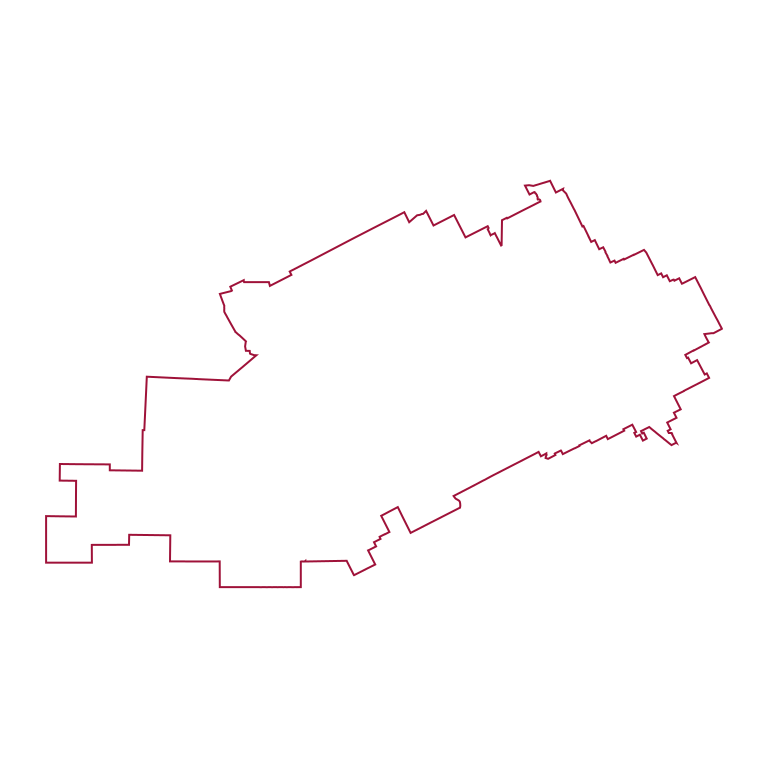 York, Western Australia, Australia
{"feature_id": "25037944B97234562917936", "entity_name": "York", "entity_type": "district", "adm_level": 2, "iso_a3": "AUS", "parent_name": "Australia", "parent_adm1": "Western Australia", "projection": "mercator", "projection_center": [116.796, -31.917], "detail": "fine", "context": "isolated", "style": "outline", "palette": "rose", "viewbox_px": 768, "rotation_deg": 0, "n_neighbors": 0, "source": "geoboundaries", "source_scale": "gbopen_adm2", "svg_char_len": 5645}
<svg xmlns="http://www.w3.org/2000/svg" viewBox="0 0 768 768"><path d="M46.1,562.7L91.9,562.7L91.8,544.9L129.0,544.8L129.2,534.8L170.3,535.3L170.0,561.4L213.5,561.5L219.7,561.4L219.7,561.8L219.8,587.1L257.5,587.1L258.5,587.1L259.0,587.1L259.9,587.2L261.7,587.2L262.2,587.1L262.6,587.1L264.8,587.1L266.1,587.2L266.6,587.2L267.0,587.2L269.3,587.1L270.1,587.1L271.8,587.2L272.8,587.2L273.4,587.1L275.5,587.1L275.9,587.1L276.8,587.1L277.0,587.2L277.5,587.2L278.1,587.2L278.7,587.1L279.6,587.1L280.4,587.1L281.9,587.1L282.6,587.1L283.0,587.2L283.8,587.2L284.3,587.1L285.0,587.1L285.8,587.1L286.1,587.2L286.7,587.2L287.0,587.2L287.3,587.2L288.4,587.1L289.3,587.1L290.4,587.1L292.0,587.2L293.9,587.2L294.7,587.1L295.2,587.1L295.7,587.1L296.4,587.2L296.8,587.1L297.0,587.1L297.3,587.1L297.9,587.2L298.1,587.1L298.4,587.1L300.8,587.1L300.8,578.3L300.8,561.6L301.3,561.5L301.5,561.5L301.7,561.4L302.3,561.4L302.7,561.5L303.2,561.5L303.8,561.5L304.1,561.4L305.2,561.2L305.3,561.1L305.3,561.5L346.7,560.8L346.8,561.1L353.9,575.1L354.0,575.2L367.4,568.4L375.2,564.5L368.1,550.4L368.8,550.1L376.1,546.4L374.0,542.2L380.5,538.9L379.9,537.6L379.6,536.8L384.8,534.2L384.9,534.3L389.4,532.0L381.2,515.8L384.7,514.0L389.0,511.7L397.8,507.1L402.5,516.7L410.6,532.9L430.5,522.7L456.6,509.4L459.5,507.9L460.0,507.7L460.3,505.9L460.2,503.8L459.9,502.0L459.3,500.9L459.2,500.8L458.9,500.6L457.7,499.8L456.2,499.0L455.5,498.5L454.7,497.5L453.8,496.3L453.6,496.0L474.8,485.0L483.1,480.6L484.6,479.9L489.7,477.1L493.5,475.1L509.5,466.9L535.4,453.6L538.6,451.9L540.9,456.3L544.6,454.4L546.3,453.4L546.3,453.6L546.6,454.9L545.8,456.7L545.6,458.0L548.1,458.8L549.1,458.3L555.4,455.0L554.8,453.8L554.7,453.6L554.9,453.4L555.2,453.3L555.6,453.1L556.4,452.7L557.5,452.2L558.3,451.8L560.3,450.8L560.7,450.6L560.8,450.5L561.0,450.5L562.8,454.1L574.5,448.3L574.8,448.3L578.8,446.3L579.5,446.0L579.6,445.9L579.6,445.7L579.4,445.3L589.4,440.4L589.5,440.9L591.8,443.2L595.7,441.2L595.9,441.2L606.2,435.8L607.8,439.1L610.8,437.6L624.2,430.7L623.4,429.2L632.3,424.7L636.1,432.0L634.3,432.9L636.2,436.6L639.9,434.7L642.9,440.6L646.7,438.6L643.8,432.7L642.2,433.5L641.1,431.3L641.0,431.1L643.5,429.9L645.2,429.0L648.1,427.6L649.2,427.0L650.2,427.8L651.2,428.7L652.8,430.0L655.2,431.9L656.1,432.7L658.7,434.8L661.7,437.2L663.0,438.2L664.3,439.4L665.2,440.0L666.4,441.0L667.0,441.5L667.5,441.9L669.2,443.3L671.0,444.7L671.4,445.0L671.5,445.1L676.2,442.7L676.5,442.9L671.9,433.9L672.1,433.8L671.7,433.0L668.8,433.0L667.7,430.8L670.6,429.3L667.2,422.5L676.5,417.8L673.9,412.7L680.7,409.3L674.0,396.1L675.3,395.4L678.2,393.9L684.0,391.0L684.0,390.8L693.2,386.1L702.0,381.6L709.1,377.9L706.8,373.4L704.7,374.5L697.1,360.1L691.1,363.3L688.1,357.6L687.0,358.1L685.3,354.9L693.6,350.4L693.7,350.6L708.8,342.5L708.2,341.6L707.8,340.7L706.5,338.4L705.3,336.0L704.4,334.1L706.8,333.8L709.3,333.5L710.7,333.3L711.4,333.2L711.7,333.2L713.0,333.2L713.5,333.2L721.9,328.8L721.9,328.7L721.1,327.2L719.3,323.8L718.2,321.6L717.1,319.5L716.4,318.3L711.9,309.8L710.7,307.5L710.4,306.7L709.7,305.4L709.4,305.2L703.2,292.9L700.7,287.8L699.7,285.9L695.2,277.1L682.5,283.5L681.9,283.7L679.2,278.3L674.4,280.7L673.9,279.7L673.4,279.6L670.3,281.0L669.8,281.2L666.8,275.3L663.1,277.2L661.2,273.4L657.7,275.1L652.5,264.6L652.4,264.5L646.3,252.6L644.0,249.9L633.9,254.9L633.8,254.7L624.1,259.5L623.7,258.8L615.6,262.8L614.5,260.6L610.4,262.5L610.1,261.9L609.9,261.6L609.0,259.5L608.0,257.5L607.4,256.4L607.5,256.0L605.4,252.3L605.5,251.7L603.2,247.3L599.2,249.2L594.8,240.1L591.2,241.9L588.9,237.3L589.0,237.3L585.7,230.5L583.5,226.0L582.4,226.5L582.0,225.6L579.8,221.0L574.4,209.8L573.9,209.0L573.8,208.8L570.8,202.9L568.0,197.6L566.2,193.6L562.8,190.2L563.1,188.8L555.9,192.5L550.1,180.8L549.9,180.9L533.3,185.9L529.1,185.2L525.0,185.6L525.3,186.2L529.5,194.5L534.0,192.2L534.6,192.1L535.3,193.3L536.0,193.6L536.4,194.5L537.0,195.2L537.1,196.3L537.6,197.0L537.7,197.6L537.6,198.3L537.6,199.1L537.8,199.5L539.2,199.4L539.9,199.8L540.3,200.5L540.5,201.5L540.0,201.7L521.8,210.9L507.2,218.4L506.8,217.8L502.0,220.2L501.6,245.2L501.1,245.5L496.7,236.8L496.5,236.5L494.8,233.1L494.4,233.4L492.3,234.4L492.2,234.4L490.7,235.2L490.6,235.3L489.8,233.7L489.8,233.4L487.7,229.2L488.3,228.8L488.6,228.0L487.7,226.2L465.5,237.4L462.0,230.5L459.8,226.2L454.1,215.0L433.5,225.5L426.1,210.9L423.1,213.9L421.9,214.0L421.2,214.3L420.1,214.8L417.1,215.3L409.2,222.2L404.3,212.2L397.4,215.8L372.9,228.3L357.4,236.3L356.4,236.8L350.8,239.7L329.6,250.8L310.7,260.7L289.7,271.5L291.4,274.9L269.9,285.9L268.9,282.1L244.1,282.1L243.7,280.9L243.7,280.2L230.3,286.7L231.9,290.6L231.1,291.1L219.9,293.9L221.1,297.3L221.5,298.3L222.0,299.7L223.8,304.5L224.3,305.7L224.2,307.1L224.3,308.7L224.2,310.1L224.3,311.8L224.4,312.1L224.7,312.6L225.1,313.4L226.6,316.0L227.0,316.8L231.1,324.2L234.5,330.2L235.2,331.4L235.3,331.6L235.3,331.8L235.5,331.9L235.6,332.1L235.9,332.3L238.2,334.4L238.6,334.7L238.8,334.8L239.1,335.1L239.4,335.3L239.6,335.5L239.9,335.7L240.4,336.2L240.7,336.5L241.5,337.2L244.6,340.1L244.9,340.4L245.6,341.0L245.9,341.4L245.8,341.5L245.1,346.4L245.9,350.8L249.7,350.9L250.0,353.6L250.7,354.0L253.1,354.8L253.9,355.1L254.1,355.1L254.7,355.2L254.9,355.2L255.0,355.2L255.3,355.2L255.7,355.2L255.8,355.2L256.0,355.2L256.2,355.3L256.3,355.3L246.1,364.0L231.1,376.6L228.9,380.5L202.2,379.3L198.0,379.1L196.9,379.0L196.0,379.0L193.0,378.8L185.5,378.5L176.4,378.1L146.8,376.7L146.1,392.0L144.3,430.1L142.7,430.1L142.3,453.4L142.1,470.7L109.8,470.3L109.8,464.4L78.1,464.2L59.9,464.0L59.7,480.6L76.1,480.8L76.0,494.1L75.9,516.5L59.3,516.3L46.1,516.1L46.1,531.4L46.1,535.2L46.1,562.7Z" fill="none" stroke="#9f1239" stroke-width="2"/></svg>